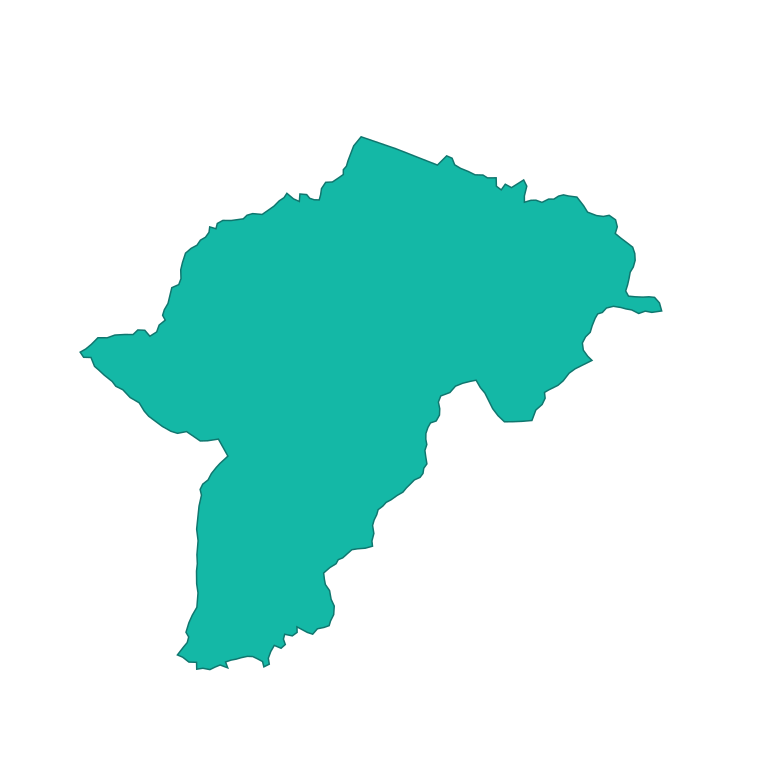 Brasilândia do Tocantins, Tocantins, Brazil, rotated 166°
{"feature_id": "56859067B19084038387208", "entity_name": "Brasilândia do Tocantins", "entity_type": "district", "adm_level": 2, "iso_a3": "BRA", "parent_name": "Brazil", "parent_adm1": "Tocantins", "projection": "albers", "projection_center": [-48.445, -8.274], "detail": "fine", "context": "isolated", "style": "filled", "palette": "teal", "viewbox_px": 768, "rotation_deg": 166, "n_neighbors": 0, "source": "geoboundaries", "source_scale": "gbopen_adm2", "svg_char_len": 3517}
<svg xmlns="http://www.w3.org/2000/svg" viewBox="0 0 768 768"><g transform="rotate(166 384 384)"><path d="M119.6,480.1L119.6,487.3L124.7,493.2L130.6,493.5L137.0,496.0L144.9,501.5L147.2,508.7L151.6,518.7L159.5,521.8L164.1,524.1L169.1,524.1L174.5,522.3L179.6,523.6L186.8,522.0L192.1,525.6L197.0,526.7L203.8,526.4L202.3,532.5L197.6,541.4L199.1,548.2L212.8,543.7L218.0,548.5L223.3,544.0L227.1,548.7L225.3,556.9L233.8,559.0L237.4,562.8L245.0,564.9L250.9,569.9L257.5,574.7L262.4,579.6L263.3,586.6L268.0,590.2L279.2,583.5L315.7,609.5L346.4,629.4L355.8,622.4L364.8,609.5L367.8,604.4L371.6,601.8L372.8,597.1L378.5,594.9L385.2,592.5L391.8,593.8L397.4,588.7L399.7,583.0L402.3,578.3L407.1,579.6L411.2,582.2L413.2,586.5L419.6,588.7L422.0,581.6L427.0,585.5L432.1,592.5L435.9,589.0L441.3,587.1L447.7,583.2L461.2,578.0L470.2,581.1L476.1,580.9L480.6,578.3L492.7,579.6L500.8,581.7L506.9,580.1L509.5,575.3L515.1,578.6L517.1,573.5L521.7,569.6L527.3,568.0L531.9,563.9L538.3,562.3L544.9,559.0L550.1,550.7L553.6,544.0L555.5,535.3L559.1,530.1L566.6,528.8L574.1,514.4L579.2,509.2L582.2,504.2L580.8,498.9L587.9,495.6L592.0,489.5L599.6,487.0L603.1,494.0L609.8,496.0L615.5,492.7L623.8,494.8L633.3,496.6L641.4,495.8L650.4,498.1L658.5,493.2L665.0,490.1L671.1,488.4L669.0,482.6L661.9,480.6L660.6,471.1L657.6,466.9L653.2,460.1L647.1,452.2L644.8,446.7L638.8,441.6L633.6,432.3L626.1,425.0L623.2,415.7L620.1,409.6L609.3,396.4L602.2,389.7L596.3,386.1L587.1,385.6L576.1,373.2L568.9,371.6L558.0,370.6L552.9,351.8L562.4,346.6L566.8,343.7L573.1,338.9L577.9,333.5L584.1,330.7L587.9,326.2L588.0,320.3L593.0,310.3L600.9,288.5L602.3,276.9L606.8,263.7L608.6,254.8L611.2,247.8L614.1,235.5L615.0,226.3L619.6,212.6L626.0,206.0L631.1,199.5L636.2,191.0L634.7,185.8L637.5,180.7L642.3,177.2L650.0,171.1L645.4,167.6L640.6,161.4L633.2,159.3L634.7,152.6L628.5,152.0L622.0,149.0L616.4,150.2L611.0,151.0L604.3,146.4L605.0,152.6L599.3,153.1L593.9,152.8L588.8,153.0L582.5,152.8L577.3,151.3L573.2,147.9L569.0,144.1L569.0,138.6L563.1,139.9L562.6,145.9L558.6,151.8L553.7,156.9L547.8,152.5L542.8,155.1L543.3,160.8L540.9,165.2L533.9,161.8L528.4,164.0L527.2,169.4L523.1,165.7L518.5,161.5L513.7,158.5L507.8,162.6L501.1,162.3L495.7,162.8L493.2,167.0L488.6,172.4L486.0,180.6L487.4,187.9L486.8,196.7L489.4,203.6L489.1,208.8L488.3,215.2L480.9,219.0L474.0,221.2L470.9,224.6L466.1,225.3L461.2,227.9L455.3,231.0L449.6,230.5L441.9,229.2L434.4,229.4L433.7,234.6L430.0,241.4L429.3,249.5L426.5,254.4L422.7,258.9L420.1,263.5L414.7,265.8L410.6,268.6L405.3,269.9L398.2,272.7L391.8,274.5L387.5,277.7L382.6,280.6L377.7,283.6L371.6,284.7L367.8,287.8L365.8,292.6L361.7,296.1L361.1,303.2L360.4,309.6L357.1,314.9L356.8,320.3L355.3,325.9L351.9,331.2L348.3,335.0L342.3,335.5L337.7,340.4L335.9,346.5L335.6,353.3L331.8,358.7L327.2,359.2L322.1,359.8L315.2,364.6L307.5,365.7L299.6,365.7L293.7,365.4L291.4,357.2L288.3,350.8L284.5,333.7L281.0,325.6L276.3,318.2L267.9,316.2L259.2,314.4L249.3,312.8L243.0,322.0L235.5,325.9L231.1,331.2L230.3,337.0L225.6,338.4L215.6,340.6L209.4,343.7L201.8,349.7L194.9,352.5L176.5,356.6L179.6,361.6L182.4,368.6L181.6,375.8L177.0,381.0L171.4,384.3L167.9,390.2L163.2,396.7L159.7,400.3L154.8,400.6L149.8,403.9L142.6,403.9L135.6,400.9L131.0,398.3L125.8,396.0L119.8,390.8L112.9,391.5L106.8,388.7L96.9,387.7L97.1,396.0L100.5,402.6L105.8,404.5L111.9,405.7L119.0,407.8L125.5,410.1L127.0,415.8L123.7,421.2L120.8,426.9L118.1,432.9L113.8,437.2L110.4,443.2L109.1,449.9L109.6,456.6L114.5,462.8L119.1,468.5L123.2,474.1L119.6,480.1Z" fill="#14b8a6" stroke="#0f766e" stroke-width="1.5"/></g></svg>